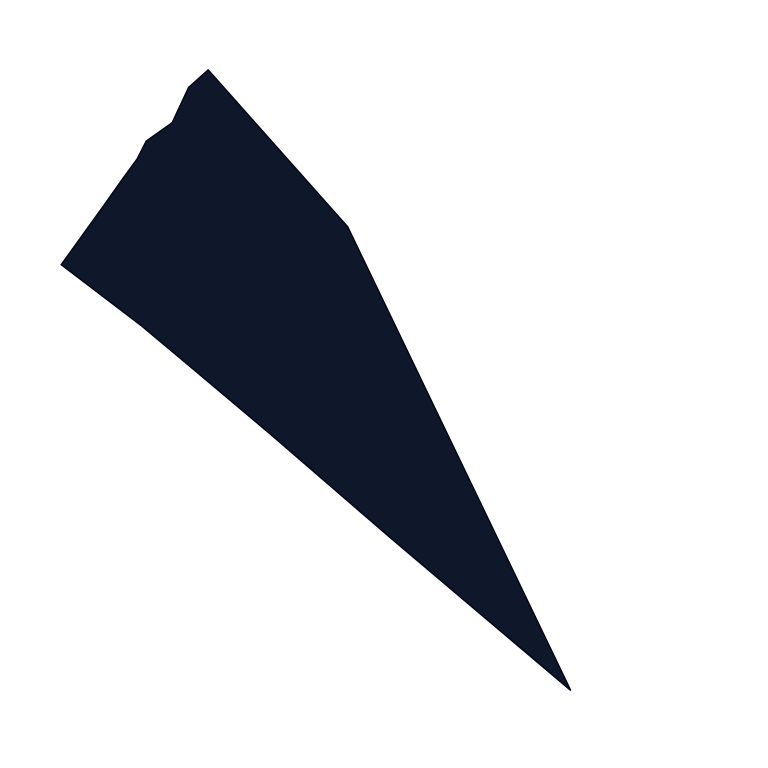 Nova Floresta, Paraíba, Brazil, rotated 311°
{"feature_id": "56859067B50787549545367", "entity_name": "Nova Floresta", "entity_type": "district", "adm_level": 2, "iso_a3": "BRA", "parent_name": "Brazil", "parent_adm1": "Paraíba", "projection": "natural_earth1", "projection_center": [-36.208, -6.495], "detail": "fine", "context": "isolated", "style": "filled", "palette": "ink", "viewbox_px": 768, "rotation_deg": 311, "n_neighbors": 0, "source": "geoboundaries", "source_scale": "gbopen_adm2", "svg_char_len": 342}
<svg xmlns="http://www.w3.org/2000/svg" viewBox="0 0 768 768"><g transform="rotate(311 384 384)"><path d="M262.3,62.1L268.8,162.6L270.2,240.2L271.6,330.6L272.1,488.3L275.2,726.0L478.8,253.5L505.7,45.2L479.6,42.0L442.2,52.7L411.4,45.2L391.6,50.1L367.8,52.1L336.2,55.3L262.3,62.1Z" fill="#0f172a" stroke="#020617" stroke-width="1.5"/></g></svg>